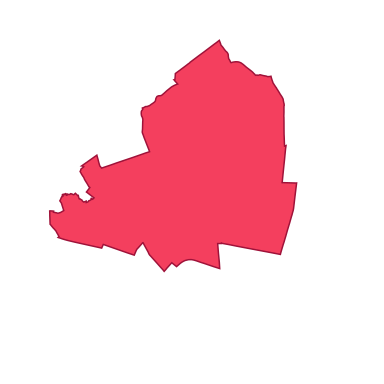 the district of Brazi, Prahova, Romania, rotated 142°
{"feature_id": "2599482B36068226507854", "entity_name": "Brazi", "entity_type": "district", "adm_level": 2, "iso_a3": "ROU", "parent_name": "Romania", "parent_adm1": "Prahova", "projection": "equal_earth", "projection_center": [26.003, 44.867], "detail": "fine", "context": "isolated", "style": "filled", "palette": "rose", "viewbox_px": 384, "rotation_deg": 142, "n_neighbors": 0, "source": "geoboundaries", "source_scale": "gbopen_adm2", "svg_char_len": 5687}
<svg xmlns="http://www.w3.org/2000/svg" viewBox="0 0 384 384"><g transform="rotate(142 192 192)"><path d="M179.5,288.7L179.5,288.2L179.6,287.8L179.7,287.6L180.2,287.4L181.9,286.9L182.5,286.5L183.7,285.1L184.4,284.0L184.9,283.0L185.1,281.7L185.3,281.2L185.7,280.1L186.4,279.0L187.6,277.7L192.2,272.1L194.3,269.9L194.5,269.5L195.0,268.3L195.2,267.4L196.2,264.5L200.1,251.4L200.5,250.3L200.6,249.9L201.6,250.2L204.2,251.2L217.2,255.6L233.4,261.3L240.3,263.6L248.5,266.5L248.6,269.3L248.5,269.6L247.3,272.6L246.3,274.8L244.3,279.6L262.9,280.5L262.7,280.3L262.3,279.7L262.1,279.0L261.9,278.8L261.7,278.6L261.8,278.5L262.7,278.4L265.0,278.5L265.4,278.4L265.6,278.3L266.2,277.7L266.6,277.5L267.3,277.2L267.6,277.0L267.7,276.0L268.1,273.6L268.3,271.4L268.3,270.5L268.5,269.5L268.9,268.2L269.2,266.0L269.4,263.8L270.0,259.5L269.8,259.2L269.7,258.4L275.2,257.0L272.8,247.7L273.2,247.6L274.6,247.5L274.9,247.5L275.1,247.6L275.3,247.7L275.4,247.8L275.3,248.1L275.0,248.5L275.0,248.8L275.3,249.1L275.5,249.0L275.7,248.8L276.1,248.4L276.3,248.2L276.7,248.1L277.5,248.2L277.8,248.2L278.2,248.5L278.6,248.6L278.9,248.6L279.9,248.3L280.2,248.3L281.8,248.8L281.0,250.0L282.9,250.5L283.6,250.9L283.9,252.6L283.7,253.5L284.0,254.0L284.5,255.6L285.0,255.8L285.1,256.1L284.8,256.7L284.8,257.0L284.6,257.5L283.8,259.1L284.2,259.1L284.3,260.2L284.7,262.8L285.1,262.8L286.3,262.6L286.8,262.6L287.2,263.2L287.4,263.4L287.6,263.7L287.7,263.9L287.8,264.2L287.8,264.4L288.1,264.6L288.5,265.3L288.8,265.4L289.4,265.3L289.7,265.3L290.1,265.5L290.3,265.8L290.9,266.1L291.1,266.3L291.2,266.5L291.3,267.0L291.7,267.2L291.8,267.2L292.0,267.0L292.5,266.5L292.6,266.4L292.8,266.5L293.0,266.9L293.0,267.3L292.9,267.5L292.7,267.8L292.5,268.1L292.4,268.3L292.5,268.5L292.9,268.6L293.1,268.6L293.7,268.4L293.9,268.4L294.0,268.4L294.1,268.5L294.0,269.0L294.3,269.1L294.6,268.9L294.8,268.9L295.0,269.1L294.9,269.3L294.9,269.5L295.4,269.7L295.6,269.7L295.8,269.7L296.0,269.4L296.0,269.0L296.0,268.7L296.1,268.3L296.2,268.2L296.4,268.1L296.6,268.1L296.8,268.1L297.0,268.2L297.1,268.3L297.1,268.6L298.8,267.9L299.4,267.5L300.9,266.7L301.6,266.4L301.7,263.8L304.5,256.3L308.1,256.8L309.0,257.1L310.8,257.8L311.4,258.8L312.7,260.3L313.6,261.4L312.8,262.1L313.4,262.7L315.2,264.3L315.6,264.6L315.8,264.7L317.7,262.1L318.5,261.1L320.0,259.0L323.7,253.9L323.6,253.5L323.6,253.0L323.6,251.5L323.5,248.8L323.4,248.0L323.3,247.4L323.3,246.5L323.2,245.4L323.3,244.7L323.7,242.4L323.8,241.3L324.3,238.7L325.5,238.6L324.4,237.0L323.2,235.1L321.8,233.1L319.8,230.4L314.7,224.0L297.7,203.4L294.2,205.3L280.7,184.3L276.4,177.8L274.2,179.0L271.7,180.4L271.4,180.5L270.7,180.8L270.3,180.9L269.8,181.0L268.9,181.1L267.8,181.3L266.7,181.5L263.4,182.1L262.9,182.2L262.5,182.3L262.3,182.4L262.1,182.4L261.9,182.3L261.8,182.2L262.3,179.4L263.5,171.9L263.6,171.4L263.8,170.8L263.9,170.3L264.1,169.5L264.1,169.1L264.2,168.4L264.1,167.9L263.8,163.7L263.0,151.2L262.8,148.5L262.8,147.3L262.8,146.6L260.5,147.0L258.4,147.5L251.5,148.7L250.1,142.7L245.0,143.0L243.0,142.9L241.6,142.7L239.7,142.3L238.1,141.6L237.0,141.1L236.4,140.8L234.9,139.7L233.8,138.8L232.6,137.4L232.0,136.6L230.8,134.9L228.3,131.0L226.3,128.1L220.8,119.7L217.3,114.6L217.1,114.9L213.8,119.7L211.9,122.7L208.9,127.4L203.5,135.6L200.7,133.4L200.5,133.7L200.3,133.8L200.2,133.6L200.3,133.5L199.9,133.0L195.6,128.2L191.4,123.3L190.2,121.9L180.9,111.3L166.9,95.4L160.8,88.4L159.8,89.2L157.6,90.8L152.4,94.5L150.0,96.1L148.1,97.5L145.4,99.4L140.1,103.3L133.7,107.8L131.8,109.2L130.0,110.5L128.8,111.4L127.3,112.4L125.9,113.5L124.4,114.6L123.8,115.0L122.3,116.3L121.1,117.5L113.8,124.9L105.7,133.0L104.0,134.7L104.7,135.2L115.2,143.9L113.8,145.3L109.8,149.5L102.4,157.2L99.1,160.6L95.8,164.1L91.6,168.5L89.3,170.7L90.8,171.2L90.1,172.2L88.7,174.2L86.2,177.6L85.7,178.3L83.7,181.1L81.7,183.7L80.4,185.4L76.6,190.3L73.8,194.0L73.4,194.5L73.3,194.8L70.3,198.4L68.3,201.0L66.7,203.0L66.0,203.5L65.8,203.9L65.3,204.5L65.0,205.2L64.9,205.5L64.2,206.9L63.8,207.7L63.4,208.4L63.0,209.1L62.8,210.0L62.5,211.7L62.3,214.7L62.0,216.9L61.6,220.7L61.6,221.5L61.4,221.9L61.4,223.0L61.2,225.7L61.1,226.6L61.0,227.6L61.0,227.9L60.9,228.3L60.8,228.7L60.7,228.9L60.5,229.3L60.0,230.9L59.6,232.0L59.1,233.3L58.5,234.6L59.7,235.2L60.6,235.8L61.2,236.2L61.4,236.4L61.6,236.7L61.9,237.2L62.2,237.7L63.4,239.0L64.5,240.3L65.7,241.9L66.0,242.3L66.5,242.6L66.8,242.8L67.1,242.9L67.5,243.0L67.9,243.1L68.2,243.3L68.5,243.6L68.6,244.0L68.8,244.2L68.9,244.3L69.3,244.4L69.7,244.5L69.9,244.7L70.1,245.0L70.1,245.9L70.1,246.2L70.1,246.4L70.3,247.2L70.4,248.9L70.6,250.0L70.8,250.9L72.3,256.7L73.1,260.9L73.4,261.9L73.8,263.4L74.6,264.9L75.5,266.1L76.4,266.9L77.2,267.6L78.3,268.3L79.7,269.1L81.6,269.9L81.7,270.4L81.4,271.6L81.2,272.6L81.0,274.3L80.9,274.8L80.4,275.5L80.2,276.0L79.8,276.6L79.1,277.6L78.7,278.3L78.6,278.6L78.5,279.3L78.4,279.8L78.4,280.3L78.4,280.9L78.5,281.2L78.7,282.4L78.7,284.7L78.6,286.5L78.7,290.1L78.2,291.2L77.1,294.7L80.8,294.7L83.1,294.8L96.1,295.0L102.6,295.2L108.5,295.3L113.8,295.4L114.2,295.2L115.0,295.2L115.7,295.3L119.4,295.3L132.2,295.6L133.4,294.2L134.1,293.4L136.5,290.9L137.1,291.4L137.1,290.0L136.8,285.9L137.1,286.0L139.5,286.7L140.2,286.9L142.7,287.3L143.9,287.4L149.6,287.3L153.2,287.0L156.1,286.9L156.5,286.9L156.9,287.0L157.3,287.2L157.8,287.5L158.4,287.9L158.8,288.2L159.4,288.5L159.8,288.6L160.2,288.7L160.6,288.8L161.2,288.7L161.6,288.5L162.8,288.0L163.7,287.2L164.6,286.5L164.9,286.3L165.3,286.2L165.9,286.0L166.3,286.0L167.6,286.0L169.0,286.1L170.4,286.2L171.1,286.2L172.1,286.2L173.1,286.5L173.9,286.8L174.4,286.8L175.3,287.4L175.6,287.7L176.4,288.1L176.9,288.0L177.4,288.1L178.4,288.4L178.8,288.6L179.5,288.7Z" fill="#f43f5e" stroke="#9f1239" stroke-width="1.5"/></g></svg>